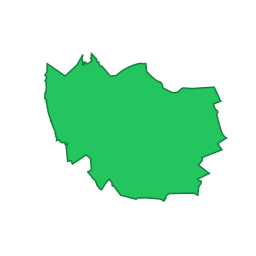 outline of Almelo, Overijssel, Netherlands, rotated 108°
{"feature_id": "6326949B33573744184458", "entity_name": "Almelo", "entity_type": "district", "adm_level": 2, "iso_a3": "NLD", "parent_name": "Netherlands", "parent_adm1": "Overijssel", "projection": "orthographic", "projection_center": [6.653, 52.345], "detail": "fine", "context": "isolated", "style": "filled", "palette": "green", "viewbox_px": 256, "rotation_deg": 108, "n_neighbors": 0, "source": "geoboundaries", "source_scale": "gbopen_adm2", "svg_char_len": 5263}
<svg xmlns="http://www.w3.org/2000/svg" viewBox="0 0 256 256"><g transform="rotate(108 128 128)"><path d="M91.8,224.7L95.5,223.6L99.7,222.4L102.2,222.8L102.4,222.8L103.4,223.4L104.5,221.2L105.6,220.9L106.1,221.2L107.7,221.1L108.7,221.6L109.4,220.2L115.0,218.1L118.7,217.3L118.9,217.2L120.4,217.8L125.9,216.1L126.5,214.2L127.9,213.7L128.2,213.6L128.5,213.4L128.6,213.6L128.7,213.3L129.5,213.0L129.8,212.8L132.2,211.7L133.6,210.9L135.0,210.2L136.7,209.2L137.2,209.0L137.5,208.8L140.1,207.1L141.0,206.4L144.9,203.4L145.2,203.8L145.3,203.8L145.3,203.2L146.1,202.6L146.3,202.6L147.0,202.0L148.2,201.0L149.1,200.4L150.3,199.4L150.7,199.0L151.8,198.0L152.9,197.2L152.9,196.9L154.2,196.0L155.5,195.2L155.9,195.5L156.3,194.9L157.8,194.0L158.1,194.2L158.3,193.7L158.6,193.5L159.0,193.2L159.7,192.9L160.4,192.6L161.2,192.3L162.1,192.1L160.6,190.0L161.0,189.5L161.5,188.9L161.9,188.3L161.9,186.6L162.3,186.6L162.2,185.5L161.9,184.7L161.2,183.9L163.6,182.2L161.3,180.8L161.4,180.7L162.2,180.6L163.1,180.6L163.9,180.6L164.9,180.7L165.2,180.6L165.6,180.6L165.9,180.6L166.2,180.7L166.3,180.6L166.3,180.4L178.3,175.1L176.7,172.0L179.5,169.7L179.4,169.6L178.7,169.1L177.0,167.8L177.0,167.7L176.9,167.6L172.8,164.4L169.2,161.6L168.7,161.3L168.6,161.2L168.6,161.3L168.4,161.2L168.5,161.1L167.1,160.0L166.6,159.6L166.5,159.4L166.7,159.2L166.8,158.9L168.6,154.1L175.1,151.5L179.3,149.8L182.2,152.7L182.5,152.3L184.8,148.5L185.3,147.7L185.5,147.5L185.7,147.4L185.8,147.1L186.3,146.5L186.5,146.3L187.1,145.2L187.5,144.3L188.1,142.9L188.6,142.3L188.8,142.1L192.2,139.6L192.7,138.8L192.6,138.7L194.7,135.8L194.8,134.1L194.5,133.9L186.7,132.0L182.5,130.0L183.6,128.3L184.9,126.5L185.1,126.4L185.4,126.2L186.1,126.0L187.3,125.3L187.6,125.2L188.0,125.0L188.0,124.9L187.8,124.8L187.7,124.6L187.2,124.0L187.5,123.5L188.2,122.8L194.2,114.2L193.2,98.3L191.4,96.8L188.8,89.0L187.4,83.2L186.2,78.3L185.6,75.7L185.6,75.3L185.7,74.3L185.7,73.7L186.4,71.8L186.4,71.5L186.4,71.4L186.0,71.3L185.4,71.3L185.4,71.0L184.6,71.2L184.4,71.2L183.8,70.4L183.6,70.4L183.5,70.5L183.0,70.4L182.7,70.7L181.6,70.7L180.6,70.6L179.7,70.2L177.9,68.7L177.6,68.5L176.3,64.7L176.0,63.9L174.4,59.2L172.7,54.3L170.0,46.4L169.6,45.2L170.4,40.8L169.9,40.9L168.7,41.2L162.2,42.5L158.5,41.6L158.2,41.6L156.8,41.7L155.9,41.9L155.8,42.0L156.0,42.6L156.2,43.4L156.3,43.8L156.2,44.0L156.0,44.3L155.5,45.2L155.3,45.4L155.0,45.9L154.7,45.6L147.8,38.4L147.7,38.4L146.9,37.5L146.0,36.5L145.8,36.7L145.9,37.1L145.9,37.4L145.9,37.8L145.7,38.1L141.5,49.5L141.2,49.4L137.4,47.9L137.0,47.7L136.3,47.6L135.6,47.5L135.2,47.6L134.8,47.6L134.4,47.7L134.1,47.9L133.1,48.3L132.8,47.8L132.0,46.9L125.3,38.9L125.2,38.5L125.1,38.4L124.8,38.2L119.7,32.0L119.4,32.4L115.2,37.8L115.1,37.7L114.8,37.5L111.8,35.2L108.2,32.2L107.7,31.8L107.3,31.5L107.2,31.3L107.0,31.8L106.7,32.6L106.5,33.2L106.0,34.1L105.6,34.8L105.0,35.7L104.6,36.2L104.1,36.7L103.6,37.2L103.1,37.6L102.5,38.1L101.6,38.7L97.9,41.3L95.1,43.2L87.2,48.2L86.2,47.5L86.0,47.4L85.9,47.5L85.6,47.7L85.3,47.5L84.8,47.7L84.2,48.2L84.0,48.4L83.9,48.6L83.8,48.9L83.7,49.1L83.7,49.5L83.6,49.9L83.6,50.2L83.4,50.6L83.1,51.0L82.8,51.2L82.4,51.6L80.1,53.3L78.8,54.3L78.2,53.5L74.5,48.9L73.9,48.2L73.9,48.3L68.3,53.3L62.5,58.7L70.6,79.0L70.8,79.8L72.7,87.2L72.9,87.9L73.2,88.3L73.4,88.6L73.7,88.9L74.0,89.2L75.3,89.9L78.2,91.6L78.9,92.4L78.8,92.5L79.3,93.2L79.5,93.5L79.7,93.9L80.1,94.7L80.2,95.2L80.4,96.1L80.5,96.4L80.5,96.9L80.5,97.4L80.5,97.8L80.5,98.4L80.2,100.4L79.1,106.9L78.6,107.6L77.5,108.0L77.0,108.2L76.6,108.5L75.9,109.1L75.6,109.4L75.3,109.7L74.8,110.4L74.6,111.0L74.4,111.4L74.4,111.5L74.3,112.4L74.2,112.8L74.2,113.1L74.3,113.5L74.3,114.0L74.4,114.4L74.3,114.6L74.1,115.2L73.2,118.0L73.0,118.8L72.9,118.8L72.6,119.9L72.3,120.5L68.7,127.4L68.3,127.7L67.9,128.0L67.4,128.3L66.9,128.6L64.9,129.4L62.3,130.4L61.2,130.9L61.8,132.2L61.7,132.2L61.9,132.7L62.2,133.5L62.3,133.8L62.3,134.0L62.3,134.9L62.4,135.4L62.7,136.1L63.1,136.9L63.3,137.3L63.8,138.2L65.6,140.9L67.3,143.2L68.8,144.9L69.5,145.7L70.9,147.2L72.3,148.5L73.7,149.8L75.5,151.2L76.7,152.2L78.0,153.1L79.7,154.1L80.7,154.8L81.6,155.3L84.2,160.6L79.8,167.8L77.3,171.8L77.3,172.0L77.6,172.6L77.8,173.1L77.5,174.0L77.3,174.2L77.2,174.3L76.8,174.4L76.7,174.4L76.7,174.5L76.4,175.0L76.3,175.3L76.1,175.4L76.0,175.5L75.5,175.6L75.3,175.7L74.9,176.0L74.7,176.1L74.4,176.0L74.6,177.4L74.7,177.9L72.6,178.8L71.6,180.3L68.8,185.3L69.0,185.2L69.1,185.3L69.4,185.6L69.6,185.6L70.4,185.4L71.0,184.8L72.2,184.8L72.3,184.9L72.8,184.9L73.6,185.0L73.6,184.6L73.7,184.3L73.9,184.0L74.3,183.5L74.5,183.3L75.0,183.3L75.7,183.5L75.8,183.6L76.0,183.7L76.0,183.8L78.1,185.1L78.8,185.6L79.2,186.0L79.3,186.2L79.2,186.3L79.3,186.4L79.3,186.5L79.2,186.5L79.3,186.7L79.6,186.7L79.5,187.2L79.5,187.3L79.2,187.9L79.2,188.0L78.6,188.7L78.8,189.2L78.7,189.7L78.7,189.8L78.8,189.9L79.9,189.3L80.1,189.7L80.3,189.5L80.7,189.4L81.0,189.4L81.4,189.5L81.6,189.6L81.7,190.0L81.7,190.4L81.8,190.8L81.7,190.9L81.5,191.0L80.3,191.3L80.3,191.2L80.2,191.1L80.1,190.9L80.1,190.7L79.7,190.8L79.6,190.7L79.0,191.7L78.9,191.9L78.0,192.2L77.0,192.5L76.9,192.7L76.7,192.9L76.5,193.1L75.9,193.5L75.6,193.6L74.9,193.4L74.4,193.4L73.7,193.4L72.9,193.4L72.2,193.6L83.9,196.0L98.0,203.8L95.5,212.2L94.7,215.0L91.8,224.7Z" fill="#22c55e" stroke="#15803d" stroke-width="1.5"/></g></svg>